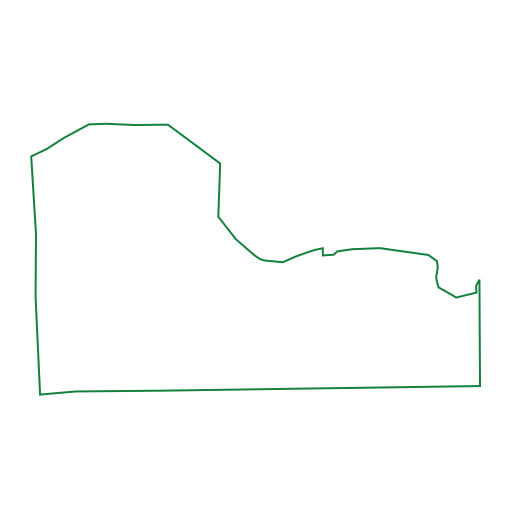 Wahkiakum, Washington, United States of America, rotated 179°
{"feature_id": "52423323B48044581252464", "entity_name": "Wahkiakum", "entity_type": "district", "adm_level": 2, "iso_a3": "USA", "parent_name": "United States of America", "parent_adm1": "Washington", "projection": "equal_earth", "projection_center": [-123.489, 46.265], "detail": "fine", "context": "isolated", "style": "outline", "palette": "green", "viewbox_px": 512, "rotation_deg": 179, "n_neighbors": 0, "source": "geoboundaries", "source_scale": "gbopen_adm2", "svg_char_len": 658}
<svg xmlns="http://www.w3.org/2000/svg" viewBox="0 0 512 512"><g transform="rotate(179 256 256)"><path d="M352.9,123.0L34.3,122.1L33.0,228.4L36.4,222.4L36.2,215.6L56.5,211.0L67.8,217.8L74.0,221.4L75.6,227.3L76.2,232.0L74.4,241.6L75.2,247.7L83.6,254.0L132.0,261.7L159.6,261.1L174.6,259.2L178.4,255.9L189.1,255.4L189.1,262.6L197.3,261.0L207.5,257.8L216.3,254.8L229.3,249.3L248.0,251.4L252.1,252.9L257.4,256.6L275.7,273.0L293.0,295.9L290.2,349.1L341.7,388.8L348.4,388.9L375.6,389.1L402.8,390.8L420.8,390.5L445.9,377.5L463.3,366.7L479.0,359.5L475.6,281.8L477.1,219.2L474.3,121.2L438.8,123.7L352.9,123.0Z" fill="none" stroke="#15803d" stroke-width="2"/></g></svg>